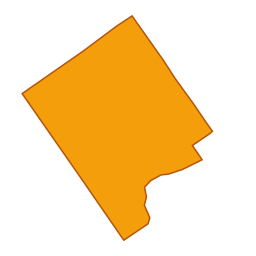 Dale, Alabama, United States of America, rotated 325°
{"feature_id": "52423323B68047835703901", "entity_name": "Dale", "entity_type": "district", "adm_level": 2, "iso_a3": "USA", "parent_name": "United States of America", "parent_adm1": "Alabama", "projection": "mercator", "projection_center": [-85.587, 31.408], "detail": "fine", "context": "isolated", "style": "filled", "palette": "amber", "viewbox_px": 256, "rotation_deg": 325, "n_neighbors": 0, "source": "geoboundaries", "source_scale": "gbopen_adm2", "svg_char_len": 480}
<svg xmlns="http://www.w3.org/2000/svg" viewBox="0 0 256 256"><g transform="rotate(325 128 128)"><path d="M89.4,218.0L94.4,214.0L97.1,200.7L103.6,195.0L107.6,186.0L116.5,184.1L128.2,185.4L134.5,188.9L148.8,193.2L170.5,196.5L170.7,179.2L177.0,179.3L192.1,179.5L195.3,179.1L195.2,167.4L195.5,146.9L195.0,114.2L195.8,93.2L195.6,38.5L177.3,38.0L134.6,39.3L75.8,39.1L61.0,39.1L60.7,149.8L60.6,158.4L60.2,217.5L89.4,218.0Z" fill="#f59e0b" stroke="#b45309" stroke-width="1.5"/></g></svg>